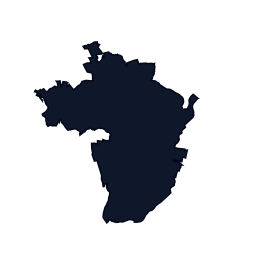 Pericei, Salaj, Romania (Albers equal-area conic projection), rotated 340°
{"feature_id": "2599482B97319558947930", "entity_name": "Pericei", "entity_type": "district", "adm_level": 2, "iso_a3": "ROU", "parent_name": "Romania", "parent_adm1": "Salaj", "projection": "albers", "projection_center": [22.87, 47.24], "detail": "fine", "context": "isolated", "style": "filled", "palette": "ink", "viewbox_px": 256, "rotation_deg": 340, "n_neighbors": 0, "source": "geoboundaries", "source_scale": "gbopen_adm2", "svg_char_len": 5694}
<svg xmlns="http://www.w3.org/2000/svg" viewBox="0 0 256 256"><g transform="rotate(340 128 128)"><path d="M192.4,140.3L193.7,139.2L194.3,138.2L194.5,137.7L194.4,136.7L195.0,136.0L195.3,134.7L195.2,133.7L195.4,132.4L195.3,131.4L196.5,128.4L198.5,126.9L201.0,125.6L201.5,125.1L202.6,124.7L203.5,123.9L203.9,124.0L200.9,118.8L200.6,118.7L197.7,120.0L195.2,122.1L195.0,122.5L195.1,122.9L194.5,123.9L194.2,125.7L193.3,127.2L193.3,127.7L192.8,127.9L190.4,130.2L189.7,130.3L187.9,129.6L186.8,129.6L186.0,129.2L185.8,128.5L186.0,127.4L185.6,126.6L185.6,126.2L186.4,125.4L186.7,124.6L187.1,124.7L187.8,124.2L189.3,122.2L189.8,119.8L189.8,119.2L189.6,117.9L187.4,114.0L186.2,112.5L185.3,111.9L184.5,110.8L183.9,110.2L183.6,109.5L181.0,106.4L179.4,105.4L177.6,104.7L176.8,103.8L176.0,102.5L174.6,101.0L174.7,100.7L174.2,100.3L174.0,99.9L172.6,98.1L172.5,97.5L172.6,97.2L172.1,96.1L171.4,95.5L171.0,94.8L170.4,94.5L170.0,93.4L167.4,91.9L166.2,90.8L166.8,90.5L167.0,90.1L167.6,89.9L168.1,89.3L168.1,88.7L168.6,88.3L168.8,87.9L169.1,87.8L169.5,87.3L170.4,86.8L170.7,86.3L171.4,85.6L171.4,84.6L172.4,83.8L172.5,83.3L172.4,82.7L172.6,81.9L173.4,81.6L173.5,80.3L174.3,79.5L174.3,79.2L174.1,78.7L174.6,77.3L174.6,76.7L174.9,76.4L174.4,76.3L173.9,76.7L173.6,76.7L173.4,76.2L173.1,75.8L172.6,75.8L172.1,75.3L171.0,74.9L168.6,74.3L167.1,73.2L165.7,72.9L165.2,72.5L162.9,72.2L162.3,71.6L160.9,71.6L160.3,71.9L160.0,71.5L160.1,67.0L156.5,66.5L149.0,66.6L148.5,68.1L148.4,69.4L148.1,69.8L147.9,69.7L147.1,67.6L147.8,64.8L147.0,63.4L146.7,62.5L146.6,60.2L146.8,59.1L146.6,58.5L145.3,57.0L143.3,55.7L143.3,55.3L142.6,55.5L141.8,54.9L140.5,54.9L138.4,53.7L137.8,53.5L137.6,52.3L137.3,51.9L136.2,51.4L135.8,50.8L135.8,50.0L132.6,49.6L131.6,49.6L131.6,49.8L130.9,49.9L129.7,53.5L128.8,53.5L129.3,51.6L129.0,51.6L127.9,53.0L127.6,54.0L126.8,54.8L124.8,55.8L122.5,56.5L122.4,54.9L122.0,54.9L122.2,52.7L121.8,52.5L121.7,52.0L123.1,52.2L123.4,52.0L123.6,51.6L123.6,50.6L123.0,50.5L122.9,50.0L123.4,48.5L123.6,48.3L124.8,48.5L128.6,49.4L130.1,49.5L130.2,49.3L129.2,48.9L129.1,47.4L127.5,42.7L127.5,41.9L127.7,41.7L129.8,39.8L127.6,38.2L128.2,37.7L128.6,36.6L127.5,36.4L127.0,36.0L125.8,35.8L124.8,35.8L123.4,36.4L122.0,36.4L120.3,36.8L119.6,36.8L119.5,36.1L119.1,35.9L117.6,36.4L115.5,35.9L113.7,36.0L114.5,39.0L115.2,39.0L118.0,40.0L118.1,43.1L118.9,49.5L115.2,48.8L115.6,49.9L115.7,53.8L113.5,53.6L111.9,53.0L107.9,53.1L107.9,54.2L108.9,61.4L111.5,63.1L113.1,63.6L112.7,65.5L112.6,66.8L110.9,71.6L109.7,71.1L109.3,71.1L105.0,69.0L103.3,68.7L101.6,68.8L100.8,68.5L99.8,69.6L98.7,70.2L98.3,70.6L97.4,71.1L95.7,71.1L93.3,72.3L90.6,73.3L90.0,73.8L87.6,66.9L86.8,67.5L84.9,67.7L85.5,66.7L85.8,65.4L86.8,65.1L86.9,64.9L86.6,64.8L85.9,63.8L82.8,62.2L81.4,64.3L79.5,66.3L79.4,66.3L79.6,64.8L80.2,60.4L78.5,60.3L76.7,59.5L77.0,60.4L77.0,61.8L76.9,62.7L76.7,63.0L76.6,63.8L76.0,64.9L74.6,65.1L74.0,64.2L73.5,63.6L70.1,64.6L68.7,64.4L67.7,64.6L65.8,65.5L65.5,66.0L65.0,66.3L62.6,65.0L62.8,64.1L62.2,62.3L61.2,62.4L59.9,63.1L59.4,62.8L58.8,61.9L56.9,62.5L56.2,62.7L54.8,61.8L54.2,60.8L53.1,61.5L52.8,61.9L53.1,61.9L55.0,64.5L57.4,66.5L56.0,67.5L55.0,66.6L54.0,65.2L53.1,65.9L53.9,66.8L55.5,68.0L55.6,69.8L56.2,71.2L56.8,73.1L56.9,72.8L56.9,72.4L56.8,71.8L56.3,70.7L56.0,69.1L56.8,69.1L58.2,69.9L59.2,71.2L59.3,71.4L59.0,71.7L59.2,72.5L58.9,72.8L58.8,73.0L59.3,73.3L59.1,73.8L59.8,74.3L59.3,74.8L59.0,76.0L59.3,78.4L60.0,79.8L60.2,81.1L59.9,81.6L58.6,83.4L57.5,83.6L57.2,83.9L56.9,84.5L52.3,85.6L52.1,87.2L52.6,87.6L53.7,89.3L54.0,90.0L54.1,91.2L53.3,93.2L53.3,95.4L52.8,96.0L52.7,96.6L53.3,99.0L56.2,98.8L58.0,100.3L59.6,100.6L61.2,101.4L63.7,99.3L64.6,98.2L65.1,97.9L65.4,98.9L65.8,97.8L66.0,97.6L67.7,97.1L67.5,98.9L67.5,100.1L68.9,103.2L69.0,104.5L69.8,106.8L69.9,107.5L70.8,109.5L78.6,110.7L79.5,112.2L82.1,115.5L80.8,116.4L80.4,118.3L84.6,116.9L86.3,116.7L87.5,115.7L89.5,115.1L91.1,115.5L91.5,115.0L92.0,115.0L92.7,115.3L93.8,117.4L95.8,117.3L95.5,118.0L95.4,118.4L95.5,118.6L98.0,118.1L100.6,118.0L102.7,119.3L104.5,119.9L104.6,120.3L105.1,121.0L105.9,122.0L106.0,122.9L106.7,124.5L108.8,125.8L109.1,126.9L109.6,127.6L107.6,130.3L106.5,133.4L102.9,132.4L102.4,132.0L100.5,130.2L99.6,131.9L95.6,129.8L95.4,130.0L95.0,129.7L93.8,132.4L90.9,130.7L88.5,130.0L87.1,134.4L86.1,139.8L85.3,140.4L85.1,147.6L87.8,147.9L87.0,163.5L85.7,166.6L85.6,167.7L85.4,168.2L85.5,169.1L85.5,170.9L84.8,173.6L84.7,174.7L85.5,174.8L86.1,174.4L87.0,172.7L89.7,173.2L88.5,174.3L87.6,176.7L87.6,179.2L87.9,180.2L88.9,182.0L89.0,182.6L88.4,183.2L87.6,185.0L86.5,186.2L85.5,187.9L85.3,188.5L85.2,189.2L84.8,189.4L83.8,190.6L83.0,191.0L82.5,192.0L79.2,194.8L75.8,199.6L74.0,203.5L75.6,209.9L77.3,209.2L78.8,208.1L78.9,207.7L79.7,207.7L81.0,210.2L81.9,210.6L84.5,212.6L86.8,213.3L86.9,213.1L87.6,213.0L90.9,214.5L94.4,214.4L95.6,214.6L96.7,214.4L98.2,214.5L101.9,216.7L102.0,218.0L101.8,218.7L102.5,218.8L103.7,219.4L107.5,220.2L108.3,220.2L110.7,219.4L111.7,218.7L114.8,215.9L117.4,214.6L118.8,213.5L120.3,213.2L121.0,213.4L122.7,213.4L125.4,212.1L127.2,210.7L131.1,209.4L133.4,208.9L146.0,203.6L146.4,200.6L146.8,199.5L147.9,198.7L151.7,197.8L152.2,197.0L153.1,195.3L153.7,194.7L153.9,194.3L154.1,191.6L153.5,189.5L155.8,190.8L157.7,187.9L160.0,185.1L161.4,185.9L163.1,183.3L163.3,183.1L163.8,183.3L165.4,180.7L166.2,181.2L165.5,179.8L164.8,178.7L163.9,177.8L159.4,174.9L160.0,173.7L167.0,178.1L169.6,173.9L171.8,175.9L176.2,169.0L173.5,168.5L174.1,167.6L174.2,167.3L168.2,164.4L165.0,162.3L165.7,161.3L167.3,159.1L168.0,159.3L168.7,159.1L170.6,158.0L172.0,156.6L172.1,156.4L172.9,152.9L173.7,151.9L176.8,151.2L177.0,150.8L177.3,149.3L178.1,148.6L182.2,147.0L182.1,145.9L182.3,144.5L192.4,140.3Z" fill="#0f172a" stroke="#020617" stroke-width="1.5"/></g></svg>